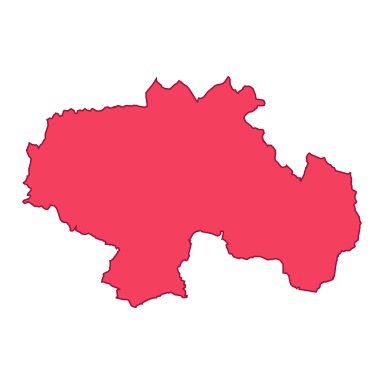 Susticacán, Zacatecas, Mexico
{"feature_id": "50627088B6300678420258", "entity_name": "Susticacán", "entity_type": "district", "adm_level": 2, "iso_a3": "MEX", "parent_name": "Mexico", "parent_adm1": "Zacatecas", "projection": "robinson", "projection_center": [-103.193, 22.63], "detail": "fine", "context": "isolated", "style": "filled", "palette": "rose", "viewbox_px": 384, "rotation_deg": 0, "n_neighbors": 0, "source": "geoboundaries", "source_scale": "gbopen_adm2", "svg_char_len": 5958}
<svg xmlns="http://www.w3.org/2000/svg" viewBox="0 0 384 384"><path d="M28.6,175.6L27.2,176.2L27.3,177.4L25.7,181.1L23.5,182.6L23.5,183.1L24.3,183.8L27.6,185.0L28.3,186.9L30.7,188.3L31.1,189.2L31.1,190.2L28.0,193.6L27.5,195.3L29.9,195.0L30.4,195.9L30.3,196.7L29.8,197.7L28.4,198.8L23.7,200.5L23.0,201.4L23.2,202.4L24.8,203.3L26.8,202.7L27.2,202.1L29.6,202.4L34.5,206.2L39.3,206.8L41.3,206.0L45.0,208.9L46.5,209.4L47.7,209.3L49.7,206.9L50.3,205.0L54.4,205.9L56.2,207.8L57.2,209.6L60.5,219.7L62.3,221.8L64.4,222.4L66.4,222.4L67.4,223.4L68.8,225.0L70.4,228.3L70.1,229.8L70.6,230.8L72.6,230.9L74.3,229.5L76.0,226.8L76.0,230.5L80.6,232.6L81.5,233.8L85.2,234.4L88.7,233.3L94.9,237.0L95.7,237.6L96.0,238.3L98.5,238.9L99.3,239.6L102.6,240.0L103.2,240.9L105.8,241.7L105.4,243.4L105.5,244.3L108.2,244.1L109.9,245.0L110.6,244.2L111.2,244.7L114.0,245.4L115.5,246.3L116.4,248.6L117.3,247.7L118.7,248.1L119.1,249.6L119.5,249.9L119.3,250.5L117.9,251.6L116.9,253.9L114.3,257.1L113.3,259.1L112.7,259.1L111.5,260.4L109.9,260.9L110.3,263.4L109.6,269.9L108.0,271.8L106.1,272.3L103.7,273.7L103.3,274.5L103.7,275.8L102.2,279.6L101.8,282.0L103.6,281.8L105.5,282.8L109.1,283.5L112.3,286.2L118.4,288.4L119.4,289.2L117.6,289.7L116.8,290.4L117.6,296.8L116.6,297.1L116.3,297.8L122.7,299.4L127.8,299.7L128.7,300.4L131.1,305.2L132.4,306.4L134.9,307.1L135.8,307.2L137.1,305.5L140.3,303.8L142.1,304.0L142.6,302.6L148.1,299.7L152.8,298.0L156.5,297.7L157.6,296.3L160.2,296.0L160.7,295.1L162.3,294.1L167.3,292.7L168.7,293.0L171.1,292.3L175.1,294.7L180.3,295.5L181.6,296.2L182.4,297.3L183.3,297.6L186.5,297.4L186.9,297.0L187.0,295.6L185.0,295.7L184.9,295.1L185.6,294.2L185.4,291.2L183.8,289.1L183.1,289.0L183.0,288.5L185.1,287.5L185.3,286.8L185.3,284.9L184.0,284.9L183.9,284.2L184.6,281.3L181.6,280.3L181.1,279.1L181.4,277.9L179.5,276.8L179.7,273.5L178.3,272.1L177.4,268.5L178.3,266.6L179.0,266.2L179.7,266.5L181.0,262.8L182.9,260.7L184.8,259.9L186.3,260.7L187.6,259.8L188.4,257.4L189.4,255.8L188.8,254.6L188.8,252.9L190.7,246.1L190.6,244.1L191.3,243.9L189.6,241.7L190.4,240.5L188.9,239.9L190.1,239.0L193.2,233.6L195.7,231.7L200.8,230.5L202.1,231.7L210.7,233.2L217.6,235.9L218.5,235.7L220.0,234.4L220.8,233.2L220.6,231.6L221.0,231.2L223.2,231.4L223.2,234.4L222.1,239.1L222.7,239.0L225.3,240.7L228.1,244.1L226.2,245.0L226.6,247.2L228.2,250.5L228.8,252.9L230.1,253.9L230.4,253.6L232.1,254.0L233.3,256.4L234.1,257.0L239.4,258.6L240.6,257.8L243.1,258.0L243.7,258.6L246.3,259.3L247.4,259.2L250.0,257.5L253.0,257.5L254.1,256.4L260.8,256.6L267.7,259.8L276.2,258.7L279.9,259.9L283.1,264.3L283.1,272.9L286.8,273.3L288.8,275.6L290.2,282.8L291.1,284.8L292.2,285.9L294.4,287.1L295.3,286.9L296.8,288.6L297.3,287.7L299.4,287.5L299.2,289.2L316.0,292.0L317.5,288.9L318.8,288.5L319.3,287.3L319.9,287.0L320.2,284.2L320.6,283.6L322.9,282.6L323.7,281.8L325.5,282.0L331.8,280.0L332.8,278.6L333.2,278.7L333.1,277.3L333.7,277.2L334.4,275.7L335.6,266.2L336.4,261.8L337.1,260.1L336.9,258.0L338.0,256.3L338.5,256.1L338.1,254.7L340.3,253.3L341.9,250.8L343.2,251.4L345.2,251.0L345.8,250.1L347.6,250.7L349.6,250.6L351.6,248.7L354.7,246.9L355.0,246.3L354.4,244.0L354.9,242.3L357.9,240.2L358.4,237.9L358.2,235.5L358.8,234.3L359.8,228.0L359.8,225.2L361.0,223.3L360.4,221.8L359.9,221.6L359.2,216.9L356.3,212.1L355.1,210.8L355.2,209.3L354.6,206.7L353.6,205.3L354.8,203.4L356.0,202.9L356.6,202.0L354.8,198.1L355.0,195.4L356.2,192.9L356.2,192.0L355.8,191.4L352.9,190.0L351.7,188.6L351.9,186.2L351.1,183.7L351.5,178.7L350.6,176.1L350.5,172.9L350.1,172.7L348.3,174.1L335.6,170.7L334.4,167.9L331.9,166.8L331.0,165.1L327.6,163.6L325.3,160.4L324.8,158.3L324.1,157.7L320.8,158.7L310.9,154.5L309.8,153.3L309.0,153.3L307.3,155.2L306.4,157.6L306.8,159.5L306.5,161.0L308.0,162.7L307.8,164.1L306.1,168.0L305.7,168.0L305.6,169.5L304.6,172.0L304.4,173.9L300.9,181.1L300.1,180.4L300.5,178.2L297.2,177.7L296.4,176.4L294.2,174.9L291.7,174.3L292.6,172.2L291.9,170.6L286.4,165.4L285.9,166.6L284.6,167.1L282.2,167.3L281.0,166.7L277.9,162.7L275.3,160.4L274.9,157.7L275.6,153.6L275.3,150.3L273.6,147.8L271.2,145.4L268.8,145.1L267.8,146.2L263.9,141.0L263.7,141.7L263.4,141.5L263.5,139.9L263.3,140.8L262.4,136.9L263.2,134.1L264.1,133.2L263.4,130.2L262.0,129.5L259.4,129.7L255.6,128.0L253.0,128.2L252.3,127.8L250.4,125.4L245.4,121.7L244.0,117.8L244.9,115.6L248.6,112.2L252.0,111.6L254.7,109.9L255.0,108.9L256.5,108.6L257.7,105.6L262.5,105.7L264.4,105.1L264.8,103.1L263.7,100.4L258.6,99.3L257.2,99.5L255.9,98.7L255.4,95.0L253.1,88.9L250.7,86.9L249.0,86.2L246.8,86.5L245.1,85.9L242.8,88.2L243.0,88.7L242.6,89.4L238.5,91.9L238.2,93.2L236.9,92.7L235.4,89.9L234.1,90.2L233.0,89.7L231.8,88.2L231.6,87.0L230.1,84.7L230.1,82.4L229.6,81.1L230.1,80.1L230.0,79.4L229.3,77.8L228.2,76.8L224.6,82.1L222.2,83.9L216.8,85.0L215.2,85.7L208.0,91.7L203.8,97.0L201.8,98.2L200.1,98.4L198.8,98.0L197.2,101.9L189.8,90.0L186.9,86.4L182.7,83.6L181.2,82.0L179.0,80.8L177.4,82.9L174.6,84.7L169.9,89.1L164.9,88.6L161.9,87.0L161.4,85.5L156.7,81.4L156.3,78.7L152.9,84.3L146.0,92.7L146.1,97.0L147.3,105.2L147.2,105.9L145.2,107.3L138.7,106.3L136.7,105.5L133.7,105.4L132.0,106.0L126.4,105.6L124.6,106.1L123.5,107.4L118.6,105.7L117.2,105.9L115.0,107.7L114.7,106.8L113.0,107.2L111.8,108.1L109.8,108.0L108.0,107.0L105.2,107.5L102.2,110.3L98.6,111.2L96.2,110.8L92.9,108.7L91.9,108.9L90.4,110.7L89.3,110.8L87.3,110.4L84.9,108.7L82.3,110.9L80.2,110.1L77.9,110.7L77.5,111.2L77.4,112.7L76.5,113.5L74.9,112.9L73.9,110.5L71.3,108.9L70.1,109.3L67.8,111.0L64.3,110.4L63.4,111.4L63.3,113.1L62.4,114.4L62.2,115.7L61.1,115.9L60.0,116.0L59.2,115.5L57.8,113.7L55.6,113.2L55.0,114.3L54.0,114.6L53.8,115.6L52.9,116.4L52.8,117.6L52.2,118.1L51.5,118.6L49.6,118.2L47.0,119.8L47.7,121.0L48.1,125.6L45.2,134.3L45.4,138.5L43.7,140.6L41.9,144.1L40.5,144.9L38.5,148.2L37.8,146.3L36.4,144.9L34.6,145.2L33.5,144.6L32.4,144.8L29.2,142.9L28.9,144.9L27.7,147.5L27.5,148.9L26.9,149.4L26.6,150.4L28.7,155.9L31.1,158.4L30.5,163.2L28.9,168.8L29.1,174.3L28.6,175.6Z" fill="#f43f5e" stroke="#9f1239" stroke-width="1.5"/></svg>